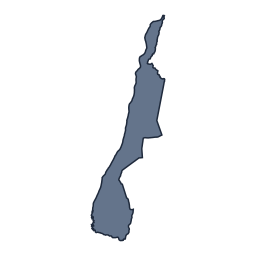 outline of Malhada, Bahia, Brazil
{"feature_id": "56859067B5256800921845", "entity_name": "Malhada", "entity_type": "district", "adm_level": 2, "iso_a3": "BRA", "parent_name": "Brazil", "parent_adm1": "Bahia", "projection": "natural_earth1", "projection_center": [-43.629, -14.13], "detail": "fine", "context": "isolated", "style": "filled", "palette": "slate", "viewbox_px": 256, "rotation_deg": 0, "n_neighbors": 0, "source": "geoboundaries", "source_scale": "gbopen_adm2", "svg_char_len": 5855}
<svg xmlns="http://www.w3.org/2000/svg" viewBox="0 0 256 256"><path d="M162.9,15.5L162.6,16.2L162.4,16.8L162.0,17.7L161.6,18.4L161.2,19.0L160.9,19.5L160.2,20.0L159.5,20.3L158.9,20.5L158.2,20.6L157.5,20.8L156.9,21.0L156.1,21.1L155.6,21.3L154.9,21.4L153.9,21.4L153.3,21.5L152.7,22.0L152.4,22.3L151.7,22.8L150.8,23.8L150.2,24.7L150.2,25.4L150.3,26.0L149.8,27.0L148.9,28.1L148.0,29.9L146.9,32.3L146.3,33.4L145.8,34.1L145.4,35.1L145.2,36.0L144.8,37.6L144.9,38.3L145.2,39.8L145.4,40.6L145.8,41.6L146.0,42.7L146.3,43.8L146.7,46.8L146.8,47.8L146.6,48.6L146.2,49.3L145.9,50.0L145.6,50.8L145.4,51.8L145.1,52.5L144.5,53.6L143.2,54.8L142.1,55.4L141.1,56.2L140.4,56.4L139.9,57.0L139.5,57.9L139.4,58.6L139.3,60.7L139.5,61.7L139.8,62.9L140.1,64.1L140.5,65.1L140.5,65.9L140.5,67.0L140.1,67.6L139.7,68.1L139.1,68.6L138.2,69.3L137.6,70.1L137.2,70.7L136.0,71.9L135.7,72.5L135.5,73.3L135.5,74.0L135.8,74.6L136.2,76.1L136.4,76.7L136.3,77.4L136.1,78.3L136.0,79.4L136.0,80.4L136.1,81.3L136.1,82.1L136.1,83.0L135.8,83.8L135.5,84.5L135.2,85.2L134.7,86.1L134.5,86.9L134.3,87.7L134.4,89.0L134.5,89.8L134.4,91.0L134.4,92.4L134.2,93.9L133.9,95.4L133.7,96.0L133.1,97.5L132.4,98.9L132.0,100.4L131.6,101.3L130.9,102.1L130.2,103.1L129.6,103.7L129.3,104.3L129.1,105.0L129.0,105.6L128.9,106.4L128.8,107.2L128.8,108.4L128.9,110.0L129.0,111.0L129.0,112.0L128.4,114.2L128.2,115.6L127.8,117.1L127.5,118.3L127.1,119.4L126.8,120.6L126.9,121.6L126.8,122.3L126.7,123.0L126.6,124.0L126.4,125.1L125.9,126.7L125.6,127.5L125.5,128.3L125.5,129.3L125.6,129.9L125.4,130.9L125.2,131.8L125.0,132.7L124.5,134.3L124.3,135.9L123.7,137.6L123.0,140.1L122.8,141.8L122.4,143.4L122.1,144.1L120.9,147.3L120.0,149.1L119.7,149.6L118.4,150.8L117.6,151.6L116.9,152.8L115.9,154.8L115.5,155.3L115.0,155.9L114.4,157.5L113.6,159.1L113.1,160.1L111.8,162.4L110.9,164.1L110.5,165.0L109.9,165.9L109.3,167.0L108.3,168.1L107.9,169.0L107.4,169.5L107.0,170.2L105.8,172.2L105.4,173.7L105.1,174.3L104.0,175.4L103.2,176.2L102.1,177.7L102.2,178.3L101.7,182.4L101.1,185.5L100.7,187.1L100.3,188.2L99.1,190.8L98.3,193.0L97.1,195.5L96.1,197.9L95.0,199.9L94.5,200.8L94.1,201.6L93.4,203.1L93.3,203.8L93.2,206.2L92.8,207.7L92.6,210.2L92.2,211.4L92.9,211.1L92.7,212.1L92.1,213.4L91.7,214.4L91.3,215.2L92.0,216.0L91.5,217.3L91.8,218.0L92.1,217.1L92.4,216.4L93.0,216.6L93.3,217.3L93.1,218.2L93.0,220.1L93.5,220.3L94.0,220.8L93.4,221.3L93.9,222.5L93.3,222.6L92.9,223.0L92.4,223.9L93.0,224.5L93.4,225.2L92.4,225.3L91.6,225.0L91.8,225.7L92.9,226.2L91.9,226.6L92.3,227.0L92.4,227.5L91.9,228.5L92.3,228.9L92.7,229.4L93.2,228.4L93.6,228.7L93.6,229.7L93.8,230.5L94.7,230.1L95.2,230.3L95.3,231.8L96.0,232.5L96.6,232.5L97.6,232.2L98.5,232.4L99.2,232.7L100.3,232.7L100.9,233.2L101.6,233.3L102.3,233.5L103.0,233.9L103.6,234.5L105.0,234.8L105.6,235.1L106.6,234.8L108.2,235.0L109.5,236.0L110.8,235.9L111.5,236.1L111.8,236.8L112.3,237.3L112.9,237.7L114.0,237.6L115.1,237.7L117.6,237.2L118.2,237.4L118.5,238.0L119.1,239.8L119.7,240.2L120.1,240.5L120.9,240.6L121.5,240.5L122.2,240.5L122.8,240.4L123.3,240.2L123.3,239.5L123.8,239.1L125.1,239.1L125.4,238.7L125.3,238.1L125.5,237.5L125.7,236.8L125.8,235.9L126.0,235.5L126.4,234.9L126.9,234.4L127.3,234.1L128.1,233.7L128.9,232.3L129.0,231.8L128.9,230.9L129.1,230.0L129.3,229.4L129.2,228.5L128.9,228.0L128.5,227.1L128.5,226.4L128.5,225.6L128.8,225.1L129.2,224.8L129.7,224.3L130.3,223.7L130.6,223.2L130.8,222.5L130.8,221.8L131.1,221.2L131.2,220.4L131.3,219.7L131.4,218.9L131.7,218.2L131.9,217.7L132.0,217.0L131.7,216.2L131.9,215.3L132.5,214.1L132.8,213.3L133.0,212.7L133.1,211.6L133.1,210.8L133.3,210.0L133.3,209.3L132.5,209.6L132.0,209.6L131.4,209.6L130.8,209.6L130.1,209.2L129.8,208.4L129.5,207.2L129.5,206.6L129.4,205.1L129.2,204.1L129.1,203.5L128.9,202.3L128.6,201.7L128.5,200.9L128.4,200.2L128.2,199.5L127.9,198.9L127.4,198.4L126.6,197.9L122.3,184.2L121.7,184.0L121.1,183.8L120.8,182.9L120.5,182.2L119.9,181.7L119.6,180.9L119.3,180.3L118.8,180.0L118.8,179.4L119.0,178.8L119.4,177.8L119.8,177.0L120.1,176.5L120.6,175.8L120.6,174.8L120.9,174.2L121.1,173.6L121.4,172.8L121.7,172.2L121.7,171.5L122.0,170.7L122.3,170.2L127.8,166.1L139.0,157.9L140.7,157.8L142.4,157.6L141.8,149.1L141.8,148.5L141.9,147.7L142.1,146.5L142.3,145.1L142.5,143.6L142.9,141.0L143.0,140.0L143.3,138.2L144.2,137.8L144.9,137.7L145.6,137.7L146.3,137.8L148.1,137.9L149.2,137.8L149.9,137.7L150.5,137.7L151.0,137.6L151.8,137.6L152.3,137.5L153.3,137.4L154.1,137.3L154.6,137.2L156.1,137.1L157.1,137.1L158.1,136.9L160.7,135.6L161.9,135.0L157.1,121.4L156.8,120.5L163.7,84.8L164.1,82.5L164.2,81.9L164.5,81.4L164.6,80.9L164.5,80.2L164.7,79.4L164.4,78.8L163.8,78.6L163.1,78.9L162.5,78.9L162.0,78.7L161.3,78.5L160.9,78.0L160.4,77.6L160.0,77.2L160.1,76.4L159.2,75.6L159.2,74.9L158.8,74.6L158.2,74.4L157.7,74.3L157.5,73.4L157.5,72.7L157.9,70.8L157.2,70.3L156.5,70.1L156.0,69.5L155.3,68.8L154.9,68.0L154.1,68.0L153.3,67.9L152.9,67.5L153.0,66.5L153.2,65.6L152.7,65.0L152.5,64.3L151.9,63.4L151.3,63.7L150.9,64.0L150.3,64.3L149.5,64.2L149.0,64.0L148.5,64.0L147.8,63.8L147.4,63.5L147.7,62.9L147.5,62.2L147.7,61.4L148.2,60.9L148.4,59.8L148.9,59.2L149.7,59.0L150.3,58.8L150.5,57.9L150.7,57.2L151.2,56.7L151.6,56.1L152.3,55.6L152.2,54.7L152.8,53.9L153.4,54.0L153.9,53.7L154.1,52.7L154.5,52.3L154.9,51.7L155.1,50.9L155.3,50.0L155.4,48.9L155.4,48.1L155.1,47.6L155.4,47.2L155.6,46.7L155.8,46.1L155.9,45.3L156.4,44.8L156.7,44.1L156.5,43.4L156.7,42.7L156.8,41.9L157.2,41.3L157.2,40.6L156.9,40.1L157.2,39.5L157.3,38.9L157.4,38.4L157.5,37.6L157.7,36.9L157.9,36.2L158.5,35.2L158.8,34.5L158.9,34.0L159.0,33.2L159.1,32.7L159.0,31.9L158.8,31.2L159.4,30.6L159.7,29.7L160.0,28.9L160.0,28.1L160.3,27.3L160.9,26.7L161.4,26.0L161.6,25.4L161.7,24.7L161.9,23.8L162.3,23.0L162.4,22.5L162.3,21.9L162.3,21.2L162.4,20.7L162.8,19.9L163.4,19.4L163.8,19.1L164.2,18.5L164.2,17.8L163.9,17.3L164.0,16.5L164.4,15.8L163.9,15.4L162.9,15.5Z" fill="#64748b" stroke="#1e293b" stroke-width="1.5"/></svg>